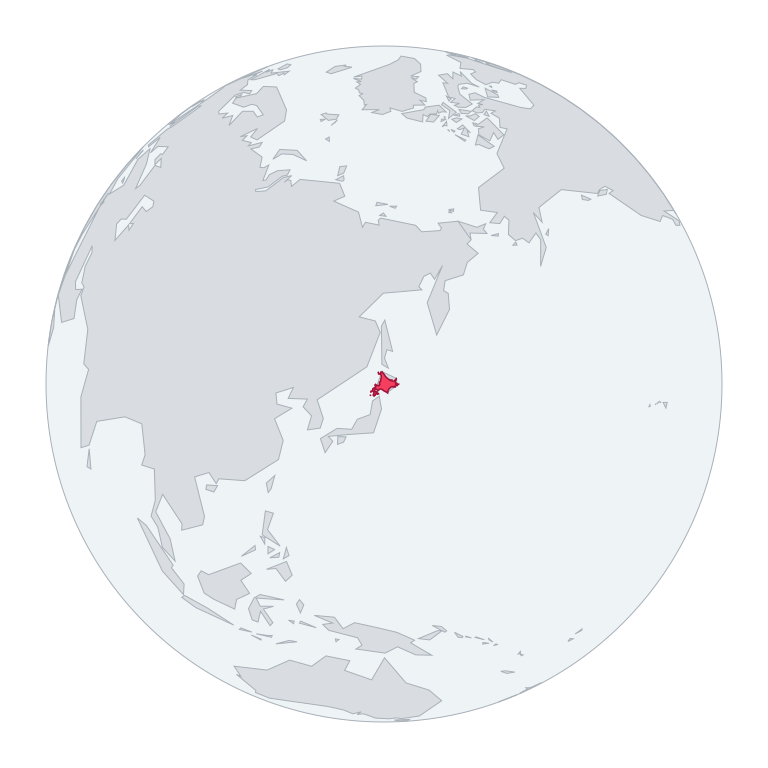 Hokkaidō highlighted on a globe, orthographic projection
{"feature_id": "JPN-1847", "entity_name": "Hokkaidō", "entity_type": "Circuit", "adm_level": 1, "iso_a3": "JPN", "parent_name": "Japan", "parent_adm1": "", "projection": "orthographic", "projection_center": [142.428, 43.461], "detail": "fine", "context": "on_globe", "style": "filled", "palette": "rose", "viewbox_px": 768, "rotation_deg": 0, "n_neighbors": 0, "source": "natural_earth", "source_scale": "10m", "svg_char_len": 16568}
<svg xmlns="http://www.w3.org/2000/svg" viewBox="0 0 768 768"><circle cx="384" cy="384" r="338" fill="#eef3f6" stroke="#a8b0b8"/><path d="M582.0,628.9L581.9,630.1L581.5,630.5L582.0,628.9ZM676.1,214.1L673.8,210.4L664.1,211.0L679.2,220.9L679.9,225.3L676.0,225.3L672.7,219.4L662.7,215.5L660.1,221.5L641.3,215.5L609.0,193.4L613.2,190.6L604.9,186.3L599.2,189.9L597.4,193.5L561.3,189.6L538.9,207.5L542.1,222.2L533.4,212.6L546.2,247.4L540.6,266.4L540.7,239.6L535.9,233.0L529.0,242.8L522.5,238.2L515.5,240.6L508.4,234.5L509.0,220.2L504.4,216.3L499.8,223.6L489.8,222.7L497.3,212.5L480.6,210.2L478.5,187.6L504.2,168.2L496.9,153.6L507.1,128.9L500.0,127.4L499.4,118.2L491.0,113.3L495.3,110.9L484.9,109.3L482.5,112.5L477.2,113.0L472.0,110.7L476.6,106.9L479.8,107.5L478.5,105.2L483.0,104.5L477.8,103.5L484.0,99.7L470.3,100.1L468.9,94.3L475.0,92.8L484.2,97.3L521.3,107.6L530.4,108.8L533.9,105.2L519.8,88.3L525.8,88.4L526.6,85.2L518.9,82.7L515.4,84.4L501.2,79.7L498.7,83.2L492.6,82.2L486.0,84.7L476.5,79.8L470.7,74.0L475.6,71.9L473.2,69.6L460.0,68.4L460.9,62.4L447.1,55.4L448.5,54.8L466.6,58.1L488.2,65.2L511.7,72.6L485.8,63.6L489.7,63.5L485.9,62.0L479.5,60.0L473.8,58.6L472.9,58.1L498.2,66.0L499.4,66.5L491.4,63.8L501.6,67.5L518.7,74.2L519.3,74.3L540.7,84.6L561.3,96.3L581.1,109.5L599.8,124.0L617.5,139.8L634.1,156.8L649.4,174.9L663.5,194.0L676.1,214.1ZM665.9,408.1L663.1,402.4L667.2,402.4L665.9,408.1ZM659.8,401.4L661.1,402.8L659.7,402.1L659.8,401.4ZM657.7,402.5L659.2,401.7L657.7,403.3L657.7,402.5ZM655.1,404.9L656.4,403.3L656.3,403.8L655.1,404.9ZM650.2,406.5L648.9,406.7L649.9,404.6L650.2,406.5ZM597.7,196.0L599.8,190.6L607.3,189.4L606.3,194.3L597.7,196.0ZM582.4,199.5L581.5,195.2L590.8,199.2L588.4,200.4L582.4,199.5ZM545.8,234.2L548.7,228.7L548.1,235.7L545.8,234.2ZM515.8,242.0L517.0,245.2L512.8,245.2L515.8,242.0ZM491.7,87.4L489.0,86.1L491.6,86.2L491.7,87.4ZM491.5,89.9L496.6,91.0L497.2,92.4L494.1,91.7L491.5,89.9ZM498.2,236.1L491.1,235.5L498.4,233.6L498.2,236.1ZM485.1,88.2L497.7,94.8L498.7,97.4L487.7,96.9L485.1,88.2ZM487.0,233.5L469.9,233.0L471.1,239.7L458.0,221.2L476.9,227.3L485.7,223.7L483.4,229.2L487.0,233.5ZM484.0,114.6L486.3,111.0L489.2,116.3L484.0,114.6ZM487.2,117.9L503.8,134.8L498.0,139.4L493.6,132.6L489.8,140.9L478.8,134.7L478.4,128.8L484.3,126.9L475.6,126.2L487.2,117.9ZM453.4,211.5L449.4,209.5L453.7,208.9L453.4,211.5ZM475.3,113.7L479.2,116.4L474.3,120.6L465.7,115.8L470.0,116.0L475.3,113.7ZM494.2,146.3L489.1,148.8L478.8,144.5L475.4,145.0L478.0,135.0L494.2,146.3ZM468.5,113.8L461.4,113.4L459.0,109.4L471.2,111.3L468.5,113.8ZM476.7,123.7L474.0,125.6L472.7,122.9L476.7,123.7ZM446.4,96.1L451.1,98.8L449.0,101.1L446.4,96.1ZM458.9,113.5L459.8,114.9L459.5,116.3L454.5,115.2L458.9,113.5ZM470.5,132.9L467.3,130.7L468.9,136.7L461.2,134.1L464.4,128.1L459.8,129.6L457.4,128.8L462.6,124.9L470.5,132.9ZM448.5,118.4L449.8,110.5L441.5,104.7L443.1,102.4L456.3,112.3L448.5,118.4ZM456.3,122.5L451.8,119.3L456.2,117.8L461.9,119.0L456.3,122.5ZM454.9,134.6L465.9,140.1L464.8,141.3L454.9,134.6ZM445.2,116.9L445.0,118.9L444.1,116.7L445.2,116.9ZM450.9,129.4L455.0,131.1L453.7,132.3L450.9,129.4ZM441.1,121.6L441.5,119.0L445.4,119.6L441.1,121.6ZM444.9,125.4L442.1,126.8L446.6,121.4L446.9,125.9L444.9,125.4ZM449.0,130.3L449.6,131.6L447.5,129.4L449.0,130.3ZM426.0,121.2L430.6,114.3L439.3,115.5L433.6,122.0L426.0,121.2ZM194.8,104.0L187.3,109.4L181.1,114.0L177.8,116.3L194.8,104.0ZM143.1,147.0L140.2,150.0L140.4,150.7L118.0,178.5L109.5,194.0L123.7,185.3L137.9,159.4L150.0,148.7L146.5,163.8L135.6,188.5L140.0,185.3L155.0,165.4L160.8,167.5L161.2,158.5L154.9,164.7L155.0,159.6L160.7,153.8L162.5,154.5L168.2,146.8L158.0,146.4L150.5,152.7L160.2,137.3L148.6,146.7L148.3,145.1L167.8,128.8L172.2,126.6L201.5,105.6L197.6,106.4L169.8,126.6L174.8,122.0L169.4,124.5L177.5,119.1L208.9,98.0L223.1,87.7L224.7,86.0L267.1,66.9L267.3,66.9L240.5,78.6L244.8,77.6L262.6,71.0L252.9,75.6L256.9,74.7L247.9,79.8L247.5,84.6L240.3,90.2L251.7,90.5L249.6,93.8L243.4,92.4L235.2,95.1L218.7,111.3L218.9,114.0L227.7,113.1L222.1,118.2L232.7,115.5L229.0,125.6L242.5,111.3L253.2,111.3L257.3,117.0L263.3,114.8L256.6,105.5L251.7,104.3L243.7,107.2L232.6,103.2L235.8,98.2L256.6,93.6L263.4,86.4L276.6,87.0L286.5,109.8L284.6,121.0L257.0,139.9L250.7,137.0L257.5,128.5L240.4,136.6L247.0,135.7L242.3,140.4L251.3,142.5L248.4,145.9L262.1,142.4L259.5,146.9L250.9,149.0L262.1,157.1L260.0,167.4L264.0,167.7L268.8,165.0L262.9,180.5L266.0,180.0L269.2,174.8L277.5,170.7L290.0,169.8L287.3,175.1L282.4,176.2L268.1,186.9L255.6,189.5L255.7,191.7L265.9,190.8L283.4,177.6L291.7,175.6L284.2,182.3L287.6,179.7L290.8,180.5L291.5,186.4L300.1,179.4L339.6,183.3L344.8,196.2L333.8,201.1L358.5,212.1L362.5,227.4L365.4,222.3L379.2,225.1L378.2,220.3L380.6,218.1L415.6,225.3L421.7,231.8L440.0,230.6L441.5,228.2L438.1,223.2L458.0,221.2L471.1,239.7L467.1,244.1L478.1,253.3L467.2,262.5L463.4,274.9L445.1,280.7L443.6,290.7L448.2,293.3L449.5,309.4L436.7,335.0L427.2,302.7L442.5,265.6L434.5,279.3L430.4,273.1L423.9,276.3L418.8,286.7L421.9,289.8L383.3,293.2L359.2,316.9L375.3,321.0L380.2,332.4L366.9,366.8L317.2,399.8L323.3,418.5L320.2,428.1L307.4,429.9L311.5,415.8L303.1,406.8L307.4,399.1L288.2,398.4L293.4,387.4L275.9,393.0L277.0,404.1L291.9,408.2L274.5,418.7L283.2,440.4L278.5,459.5L244.8,480.7L218.9,478.8L216.2,483.6L208.9,472.5L194.6,476.9L204.5,516.5L202.7,524.8L181.7,530.2L182.0,523.8L162.6,494.3L155.7,511.8L170.2,539.0L175.1,561.1L162.4,547.3L157.8,527.1L151.1,516.1L155.3,500.2L154.4,469.1L141.7,465.0L145.1,454.8L141.8,423.9L125.0,416.8L96.8,421.4L89.0,445.2L81.0,447.7L80.9,396.9L88.6,369.4L83.8,363.9L87.8,329.3L80.8,295.6L84.1,286.8L81.8,282.9L85.3,266.1L92.0,252.7L92.2,245.8L75.4,281.8L75.7,289.6L82.0,289.2L76.8,299.6L74.0,318.5L61.6,322.4L58.3,295.1L65.2,275.4L100.1,205.9L103.1,202.9L103.5,202.4L104.4,201.2L100.1,204.8L108.6,192.9L82.2,234.3L74.6,248.9L58.1,295.4L57.9,295.7L54.8,308.5L53.6,327.7L52.0,333.2L48.2,346.0L51.9,321.3L57.5,297.0L64.8,273.1L73.8,249.9L84.6,227.4L96.9,205.7L110.9,185.0L126.3,165.4L143.1,147.0ZM116.6,224.0L114.9,240.5L128.5,225.0L129.0,230.3L133.4,223.4L129.5,223.8L142.2,206.7L146.2,211.5L152.9,206.7L153.8,201.1L144.6,195.2L126.3,219.2L121.2,219.0L116.6,224.0ZM488.3,63.0L486.2,62.4L480.3,60.4L484.4,61.6L488.3,63.0ZM446.5,52.4L446.0,51.9L449.2,52.7L454.7,53.7L468.3,57.4L449.9,54.7L455.8,55.0L446.5,52.4ZM481.4,62.5L474.8,59.8L482.7,62.9L481.4,62.5ZM287.4,67.7L280.4,69.8L278.0,68.9L287.2,63.9L290.8,64.8L287.4,67.7ZM271.1,73.1L289.2,71.2L284.2,74.9L283.9,73.0L278.8,75.7L277.0,73.5L254.5,79.8L250.9,79.7L269.9,69.1L265.7,72.3L272.8,69.8L271.1,73.1ZM344.3,66.2L352.0,67.2L331.1,73.7L326.3,72.1L335.1,66.4L346.1,65.0L344.3,66.2ZM463.2,86.9L467.5,88.2L466.2,89.0L461.5,88.7L463.2,86.9ZM448.8,97.1L442.9,82.8L447.6,83.3L438.6,75.2L447.4,73.7L452.9,78.8L452.9,72.0L461.5,76.1L460.1,71.5L471.5,83.2L479.2,87.1L467.3,83.2L459.0,84.3L457.7,86.0L459.8,94.1L472.2,104.0L465.9,107.4L458.2,107.2L454.3,105.3L459.6,103.5L450.6,102.3L455.2,98.4L448.8,97.1ZM371.7,112.5L379.5,109.6L362.1,109.7L366.6,104.5L364.3,104.9L363.8,100.3L359.1,95.6L362.6,93.7L359.3,92.7L358.8,89.9L355.4,88.1L360.5,84.3L356.8,81.9L361.3,81.5L353.5,78.5L361.6,79.1L361.8,76.0L353.8,77.1L389.5,64.4L398.2,59.9L401.0,56.1L414.5,58.5L420.5,64.1L421.0,71.5L410.7,76.0L418.6,76.7L416.1,79.2L410.8,77.6L417.3,81.7L413.8,83.5L414.3,92.3L425.8,97.9L426.3,101.6L420.0,100.3L424.9,105.0L413.3,105.2L413.4,108.0L402.1,111.4L389.9,107.9L390.9,111.3L382.4,114.5L371.7,112.5ZM422.6,121.9L407.0,118.1L401.8,113.6L423.7,109.7L425.2,107.1L439.0,105.2L446.2,112.0L441.6,111.8L438.8,113.3L437.7,110.6L436.5,113.9L430.1,113.9L427.4,116.6L423.1,114.5L422.6,121.9ZM179.9,115.4L176.2,118.4L171.8,122.6L168.3,124.6L179.9,115.4ZM201.2,100.7L198.7,102.7L191.7,106.7L195.6,103.9L201.2,100.7ZM203.4,100.7L199.2,102.5L203.7,99.8L203.4,100.7ZM241.7,94.5L239.8,97.0L237.2,97.7L235.5,96.8L241.7,94.5ZM321.1,114.5L326.4,112.9L327.2,114.1L338.9,114.8L336.4,119.1L328.4,120.4L321.1,114.5ZM122.7,183.1L121.6,181.1L124.5,177.4L124.3,178.8L122.7,183.1ZM143.4,150.1L135.8,159.0L142.5,150.6L143.4,150.1ZM320.3,119.4L325.4,119.1L321.1,121.5L320.3,119.4ZM335.2,122.4L331.1,125.4L337.5,119.8L335.2,122.4ZM251.3,635.0L261.2,639.2L261.0,640.1L251.3,635.0ZM240.9,627.9L251.9,632.1L239.3,629.4L240.9,627.9ZM256.2,633.8L267.4,635.5L272.2,635.4L271.5,637.3L256.2,633.8ZM233.7,625.1L196.0,607.7L181.8,597.4L184.6,595.4L207.7,608.2L233.7,625.1ZM183.5,594.6L162.4,571.1L137.4,518.0L146.3,525.4L173.2,565.2L171.4,567.7L184.1,584.1L183.5,594.6ZM236.6,599.4L234.7,609.1L213.5,599.1L204.1,593.0L197.6,576.1L201.2,570.8L208.7,574.7L240.6,563.0L251.2,573.5L240.8,580.3L249.6,593.4L236.6,599.4ZM89.2,448.7L90.9,469.0L87.0,466.7L89.2,448.7ZM255.6,549.8L241.4,556.3L255.0,545.5L255.6,549.8ZM264.9,537.7L264.7,544.0L260.3,536.3L264.9,537.7ZM213.9,492.0L205.9,489.4L206.6,484.9L217.5,485.7L213.9,492.0ZM274.8,475.5L271.1,488.7L268.2,492.5L266.3,483.1L274.8,475.5ZM306.6,160.8L293.1,154.5L281.8,153.9L272.9,159.3L279.7,149.5L297.1,150.3L306.6,160.8ZM335.8,179.7L343.6,175.7L344.1,179.8L342.4,181.3L335.8,179.7ZM337.7,175.7L339.8,166.6L346.7,165.9L343.7,173.1L337.7,175.7ZM329.4,141.4L325.6,139.0L329.2,137.0L329.4,141.4ZM498.5,701.9L510.3,697.3L516.9,694.7L516.3,694.9L498.5,701.9ZM399.5,721.1L394.3,720.0L410.1,719.4L407.5,720.6L399.5,721.1ZM520.7,693.0L519.8,693.1L527.4,689.1L525.8,687.8L530.2,687.7L541.5,682.6L521.6,692.6L520.7,693.0ZM328.5,706.6L269.7,698.2L255.4,692.5L255.9,690.5L236.5,674.4L240.9,676.3L234.1,666.2L267.0,670.1L289.6,660.1L311.6,666.3L326.0,655.9L349.8,660.7L344.6,670.4L371.6,679.9L384.5,657.8L406.1,683.0L429.1,690.1L441.6,700.7L419.3,716.0L401.8,718.6L396.1,717.9L389.4,718.8L375.7,718.1L363.5,713.8L357.1,714.5L361.2,711.8L352.9,713.8L343.6,710.0L328.5,706.6ZM500.8,671.3L505.6,670.8L514.7,672.1L506.9,673.4L500.8,671.3ZM570.1,638.4L573.3,638.8L567.9,641.5L570.1,638.4ZM581.5,630.5L575.1,634.0L582.0,628.9L581.5,630.5ZM520.3,654.1L523.1,654.9L521.3,655.8L520.3,654.1ZM518.2,654.1L520.3,651.3L520.6,653.6L518.2,654.1ZM493.5,645.6L496.0,643.8L497.4,644.6L493.5,645.6ZM275.9,643.9L289.2,640.4L297.0,641.8L275.9,643.9ZM489.2,643.3L482.6,644.0L483.0,642.5L489.2,643.3ZM489.2,640.0L488.2,638.0L493.0,642.1L489.2,640.0ZM476.0,636.9L484.4,639.7L475.1,637.5L476.0,636.9ZM471.4,637.9L465.5,636.8L465.9,636.1L471.4,637.9ZM410.6,642.8L431.7,655.2L415.8,654.9L397.5,646.8L385.2,653.1L355.9,649.0L362.0,645.3L357.6,637.8L328.7,630.3L322.8,624.4L332.7,623.1L314.3,615.4L334.4,617.2L343.1,628.7L354.6,622.7L375.6,627.3L396.7,632.3L414.6,640.2L410.6,642.8ZM335.4,638.9L339.0,639.5L336.0,641.8L335.4,638.9ZM454.5,632.3L462.9,636.4L462.1,637.6L458.0,637.2L454.5,632.3ZM418.5,638.6L437.4,630.7L442.0,630.8L429.7,639.9L418.5,638.6ZM432.3,625.5L441.5,626.5L446.6,630.9L444.8,632.2L432.3,625.5ZM294.2,621.1L293.6,623.7L288.5,620.2L294.2,621.1ZM300.7,621.1L316.2,627.7L299.4,623.1L300.7,621.1ZM256.1,598.1L260.2,606.2L273.5,606.3L263.4,609.1L272.9,622.7L270.1,625.7L260.5,611.3L258.0,622.1L252.2,619.9L248.5,608.6L254.1,597.9L260.0,594.5L284.2,599.9L256.1,598.1ZM300.4,613.0L296.4,604.1L299.5,599.6L303.8,604.9L300.4,613.0ZM285.5,581.3L276.0,568.5L266.5,569.3L286.5,561.5L292.2,575.1L285.5,581.3ZM278.8,557.2L269.8,557.8L279.7,552.6L278.8,557.2ZM268.0,553.8L268.0,546.4L274.5,549.6L268.0,553.8ZM283.3,558.9L286.4,547.5L289.0,555.6L283.3,558.9ZM267.5,529.6L280.1,546.1L262.2,534.8L265.4,510.9L273.4,513.2L267.5,529.6ZM337.5,444.4L337.8,436.6L346.1,436.9L343.5,442.2L337.5,444.4ZM373.5,432.8L348.4,434.5L328.3,436.4L332.8,441.3L325.1,452.6L320.4,438.6L337.1,428.4L351.7,429.3L357.3,419.3L370.1,414.6L372.6,400.9L379.3,396.2L381.5,409.2L373.5,432.8ZM373.1,395.0L382.1,371.7L396.2,378.3L397.4,384.9L387.3,392.6L380.5,388.6L373.1,395.0ZM388.4,368.2L381.9,364.3L381.4,326.2L384.8,320.1L392.6,351.4L386.9,349.6L384.5,358.1L388.4,368.2ZM448.8,212.6L449.3,209.8L451.7,212.8L448.8,212.6ZM379.7,215.4L383.4,213.0L386.0,216.3L379.7,215.4ZM395.1,208.3L389.6,206.2L396.6,206.2L395.1,208.3ZM377.0,202.3L387.9,204.4L375.8,205.7L377.0,202.3Z" fill="#d9dde1" stroke="#a8b0b8" stroke-width="1"/><path d="M398.2,384.1L398.6,384.2L398.5,384.3L398.4,384.3L398.1,384.5L397.7,384.6L397.6,384.8L397.4,385.2L397.3,385.4L397.3,385.5L397.2,385.5L397.0,385.4L396.8,385.5L396.4,385.5L396.2,385.6L395.7,385.8L395.6,386.0L395.8,386.1L395.7,386.1L395.5,386.3L395.4,386.3L395.1,386.3L395.2,386.5L394.8,386.7L394.7,386.7L394.4,386.5L394.4,386.3L394.2,386.3L394.0,386.5L394.0,386.8L394.2,387.0L393.4,386.9L393.0,386.9L392.9,387.0L392.5,386.9L392.4,386.8L392.3,386.6L392.2,386.6L391.6,386.8L391.0,387.1L390.3,387.6L389.9,388.1L389.2,388.7L389.0,389.0L388.4,389.9L388.0,390.7L387.9,391.0L388.0,391.7L387.9,392.0L387.8,392.4L387.8,392.6L387.7,392.7L387.6,392.9L387.6,393.0L387.3,392.8L387.2,392.7L387.0,392.4L386.3,392.0L385.4,391.7L384.5,391.1L384.1,391.0L383.4,390.5L382.9,389.9L382.4,389.8L382.1,389.6L381.8,389.3L381.3,389.1L381.0,389.0L380.6,389.0L380.2,389.0L379.7,389.3L378.9,389.8L378.7,390.0L378.2,390.3L377.8,390.7L377.8,390.8L377.7,390.8L377.5,390.6L377.4,390.4L377.4,390.1L376.6,389.2L376.4,389.1L376.0,389.2L375.7,389.1L375.4,389.2L375.3,389.3L375.1,389.5L374.8,389.9L374.7,390.2L374.7,390.4L374.6,390.7L374.7,391.0L374.8,391.1L375.2,391.4L375.4,391.5L375.7,391.9L375.8,391.9L376.0,391.8L376.3,391.8L376.5,391.8L376.8,391.9L376.8,392.1L377.0,392.4L377.3,392.7L377.6,393.1L377.8,393.2L378.1,393.3L378.5,393.6L378.6,393.8L378.3,393.9L377.9,394.2L377.7,394.3L377.5,394.2L377.2,394.0L376.9,393.9L376.7,393.9L376.5,394.0L376.4,394.0L376.4,393.9L376.5,393.8L376.5,393.7L376.4,393.6L376.2,393.6L376.0,394.1L375.7,394.2L375.6,394.3L375.3,394.4L375.2,394.6L375.2,395.1L375.2,395.3L374.5,395.5L374.3,395.7L374.3,395.8L374.2,396.0L373.9,395.9L373.7,395.9L373.4,395.7L373.3,395.4L373.2,395.0L373.2,394.9L373.3,394.6L373.4,394.2L373.6,393.9L373.7,393.6L373.8,393.6L373.9,393.4L374.0,393.2L374.0,392.8L374.0,392.7L373.9,392.4L373.6,392.0L373.5,391.8L373.1,391.6L372.9,391.3L372.7,391.2L372.4,390.6L372.5,390.4L372.7,390.1L372.7,389.9L372.8,389.7L372.8,389.4L372.7,389.0L372.8,388.7L373.1,388.5L373.6,388.4L373.9,388.1L374.1,388.1L374.3,387.7L374.5,387.8L374.6,388.0L374.8,388.0L374.8,387.7L375.0,387.6L375.1,387.2L375.5,386.9L375.7,386.7L375.8,386.6L375.7,386.4L375.6,386.1L375.4,385.8L375.1,385.5L375.0,385.4L375.0,385.1L375.1,384.7L375.4,384.7L375.5,384.6L375.6,384.4L376.2,384.9L376.4,385.1L376.5,385.2L376.8,385.3L377.0,385.5L377.5,385.5L377.8,385.3L378.0,385.3L377.9,385.5L378.0,385.6L378.6,385.8L378.8,385.8L379.2,385.5L379.5,385.2L379.7,384.8L379.8,384.6L379.8,384.3L379.7,384.1L379.5,383.8L379.4,383.6L379.6,383.3L379.5,383.0L379.5,382.9L379.4,382.6L379.4,382.2L379.6,382.0L379.7,381.9L379.8,381.8L380.0,381.8L380.2,381.7L380.4,381.5L380.5,381.4L380.7,381.2L380.7,380.9L380.8,380.4L380.7,379.2L380.8,379.0L381.1,378.3L381.3,377.3L381.3,377.0L381.3,376.3L381.2,375.6L381.1,375.2L380.5,373.9L380.5,373.7L380.5,373.4L380.6,373.2L380.8,372.9L380.7,372.5L380.8,372.3L381.0,372.5L381.5,372.4L381.7,372.1L381.8,372.0L381.9,371.9L382.0,371.8L382.2,372.2L382.3,372.2L382.5,372.5L383.0,373.0L384.5,374.8L384.8,375.6L385.0,375.7L385.2,376.1L386.0,377.0L386.3,377.4L386.6,377.5L386.9,377.9L387.3,378.2L387.7,378.5L387.9,378.6L388.0,378.8L388.7,379.3L389.7,379.7L389.4,379.7L389.4,379.9L389.5,380.1L390.4,380.2L390.5,380.1L391.2,380.0L391.4,380.1L391.2,380.3L391.1,380.6L391.3,380.6L391.5,380.4L391.6,380.1L391.8,380.1L391.7,380.3L391.8,380.5L392.0,380.8L392.3,381.0L392.5,381.1L393.1,381.1L393.8,381.2L394.0,381.1L394.7,380.5L395.1,379.9L395.4,379.7L395.6,379.5L395.7,379.4L395.9,379.0L396.2,378.7L396.3,378.6L396.4,378.9L396.4,379.1L396.3,379.4L396.1,379.7L396.1,379.8L396.0,380.1L395.6,380.7L395.5,380.9L395.4,381.3L395.4,381.6L395.3,382.0L395.5,382.5L395.8,382.9L395.9,383.0L396.0,383.3L396.1,383.6L396.3,384.1L396.4,384.3L396.5,384.5L396.3,384.5L396.2,384.5L396.4,384.7L396.4,384.8L396.7,385.0L397.1,385.0L397.3,385.1L397.2,385.0L397.2,384.9L397.5,384.5L397.7,384.4L397.8,384.2L398.1,384.2L398.2,384.1ZM379.4,373.9L379.5,374.0L379.4,374.1L379.2,374.3L378.8,374.1L378.7,374.0L378.6,373.9L378.6,373.6L378.8,373.5L378.9,373.4L379.0,373.5L379.4,373.9ZM371.4,391.0L371.5,391.0L371.4,391.2L371.3,391.4L371.2,391.8L371.0,392.1L370.9,392.1L370.9,391.9L370.9,391.7L370.9,391.2L371.0,391.1L371.4,391.0ZM378.3,372.2L378.4,372.3L378.3,373.0L378.2,373.3L378.2,373.2L378.1,372.8L378.1,372.7L378.1,372.4L378.0,372.1L378.1,372.3L378.3,372.2ZM396.3,383.0L396.5,383.2L396.3,383.3L396.2,383.5L396.2,383.4L396.4,383.2L395.8,382.9L396.3,383.0ZM390.1,379.8L390.3,379.9L390.5,379.9L390.4,379.9L390.2,379.9L389.9,379.8L389.9,379.7L390.0,379.7L390.1,379.8ZM370.5,395.2L370.5,395.3L370.4,395.3L370.4,395.2L370.5,395.2Z" fill="#f43f5e" stroke="#9f1239" stroke-width="1.5"/></svg>